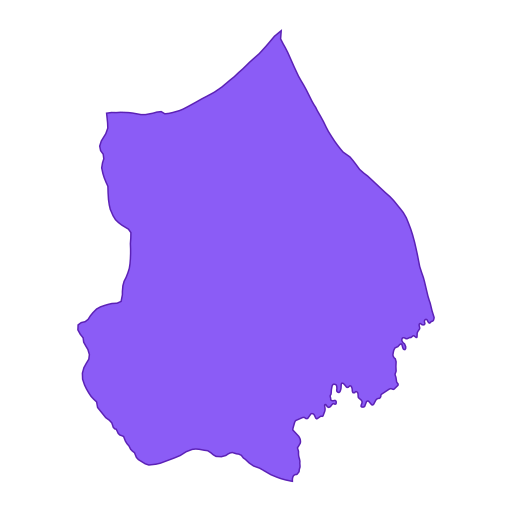 outline of Yi-Ngo, Narathiwat, Thailand
{"feature_id": "78962969B66673313723424", "entity_name": "Yi-Ngo", "entity_type": "district", "adm_level": 2, "iso_a3": "THA", "parent_name": "Thailand", "parent_adm1": "Narathiwat", "projection": "equal_earth", "projection_center": [101.729, 6.424], "detail": "fine", "context": "isolated", "style": "filled", "palette": "violet", "viewbox_px": 512, "rotation_deg": 0, "n_neighbors": 0, "source": "geoboundaries", "source_scale": "gbopen_adm2", "svg_char_len": 6068}
<svg xmlns="http://www.w3.org/2000/svg" viewBox="0 0 512 512"><path d="M106.6,113.2L107.1,118.0L107.6,122.9L107.8,128.1L105.8,133.7L101.3,141.0L99.7,146.1L100.6,150.6L103.2,154.2L103.8,158.8L102.5,162.9L101.7,167.9L102.9,173.5L104.2,177.7L106.1,182.4L107.9,186.3L108.1,192.9L108.5,199.5L109.3,205.1L110.3,209.4L113.1,215.8L115.5,219.7L118.4,222.5L121.8,225.1L124.9,227.0L128.4,229.1L130.9,232.6L130.8,238.1L130.4,243.6L130.6,249.0L130.6,253.6L130.4,258.9L130.0,263.9L129.3,268.4L127.8,273.1L126.1,277.4L124.1,281.3L122.9,285.7L122.4,291.5L122.4,294.8L121.1,301.4L117.1,303.2L111.9,303.5L108.1,304.4L104.7,305.4L100.4,306.9L96.6,309.0L93.0,312.6L90.4,315.8L88.1,319.4L85.1,321.7L81.2,322.6L78.1,324.9L77.9,329.9L80.3,334.3L83.1,337.8L83.7,342.2L85.8,346.0L87.9,349.5L89.4,354.6L88.8,359.2L86.2,363.5L83.9,367.7L82.4,373.2L82.6,379.2L84.6,385.1L86.4,388.8L88.7,392.8L91.1,396.4L93.7,399.2L96.6,401.9L97.6,407.5L105.7,417.6L109.3,420.2L111.8,422.9L113.3,427.4L114.8,428.9L116.2,429.2L117.3,431.4L118.2,433.4L119.8,435.0L122.1,435.8L123.6,436.5L125.4,441.1L127.0,443.7L129.0,446.0L130.6,449.2L132.3,451.0L134.5,452.7L136.4,457.4L138.4,459.6L145.2,463.8L148.8,465.0L155.9,464.2L160.3,463.2L174.2,458.0L180.2,455.5L186.2,451.7L192.2,449.4L195.7,449.0L199.3,449.3L204.6,450.3L207.7,450.7L210.8,452.7L213.3,454.8L216.0,456.4L221.4,456.7L225.8,455.5L228.0,454.0L230.0,453.0L232.3,452.5L236.4,453.8L238.8,454.1L241.3,455.3L243.4,458.0L245.4,459.4L249.2,463.0L253.6,466.0L259.7,468.2L270.9,474.7L276.7,477.1L281.1,478.7L285.9,480.0L290.6,481.0L292.4,481.3L292.4,479.0L292.7,477.5L293.1,476.4L293.6,475.6L294.4,475.0L295.0,474.7L295.7,474.5L296.5,474.5L297.0,474.3L298.7,472.2L299.0,471.7L299.1,471.2L299.3,469.5L300.0,467.0L300.0,465.9L299.8,463.2L299.9,461.4L299.7,460.1L299.4,458.7L298.9,457.1L298.6,455.4L298.5,454.0L298.5,451.5L298.3,450.6L297.7,448.8L297.5,447.8L297.6,447.5L298.3,446.6L300.2,443.3L300.4,442.5L300.5,441.7L300.4,440.5L300.2,439.3L299.8,438.3L299.3,437.3L298.7,436.3L293.1,430.3L292.8,429.9L292.8,429.4L293.0,428.1L294.6,422.5L294.9,421.8L295.3,421.0L295.8,420.5L302.4,417.6L303.2,417.4L304.0,417.4L304.5,417.5L305.5,418.3L306.1,418.6L306.7,418.6L307.2,418.6L307.8,418.3L310.9,413.9L311.5,413.6L312.1,413.6L313.0,413.8L313.8,414.3L314.4,415.2L315.8,418.2L316.4,418.6L316.7,418.8L317.3,418.6L320.6,416.3L321.1,416.2L321.8,416.3L322.4,416.3L323.0,415.9L324.7,411.4L325.0,410.1L325.1,408.9L324.6,405.6L324.7,405.0L325.0,404.6L325.3,404.5L325.8,404.6L326.3,405.3L327.4,406.8L328.1,407.2L328.7,407.4L329.8,407.0L330.5,406.5L331.1,405.7L331.5,405.1L332.8,403.8L333.4,403.7L334.0,403.7L334.6,404.1L335.2,404.2L335.8,404.0L336.1,403.5L336.2,402.8L336.2,401.8L336.0,401.2L335.7,400.8L335.1,400.4L334.6,400.4L333.1,400.8L332.6,400.8L331.6,400.5L330.8,399.9L330.7,399.5L330.7,398.8L330.6,397.8L330.3,397.1L330.2,396.4L330.2,395.6L330.5,395.0L330.9,394.5L331.1,393.6L331.2,392.5L331.4,389.7L331.7,388.0L332.0,386.4L332.3,385.5L333.0,384.5L333.5,384.2L334.3,384.2L335.2,384.4L335.9,384.7L336.4,385.3L336.7,386.2L336.8,387.0L336.9,388.5L336.7,390.0L336.8,391.1L337.2,391.7L337.8,392.2L338.4,392.4L338.9,392.5L339.5,392.1L340.0,391.6L340.7,389.7L341.0,388.3L341.1,386.7L341.2,384.7L341.3,383.9L341.8,383.2L342.3,383.2L342.9,383.3L343.6,383.7L344.9,385.1L346.4,387.0L347.0,387.4L347.6,387.4L348.3,387.2L349.7,385.9L350.3,385.8L350.8,386.0L351.4,386.7L351.9,387.9L352.2,389.0L352.3,391.0L352.6,391.9L352.9,392.6L353.5,392.8L354.7,392.7L355.3,391.9L355.7,391.6L356.3,391.6L357.0,392.0L357.7,392.8L358.0,393.7L358.2,396.9L358.4,397.6L358.9,398.1L361.3,400.2L361.9,401.2L362.1,402.0L361.9,403.3L361.1,405.3L361.1,406.5L362.0,407.1L363.8,407.0L364.7,406.3L366.5,401.6L367.1,401.2L367.8,401.0L368.6,401.2L371.5,404.6L372.2,405.0L373.0,404.8L373.6,404.3L375.8,400.2L376.6,399.2L378.2,398.4L379.3,398.4L380.3,397.6L380.8,396.4L380.9,395.2L381.1,394.7L381.4,394.3L389.1,389.2L390.3,388.7L391.2,388.7L393.3,389.4L394.1,389.1L397.9,385.4L398.1,384.9L398.1,384.0L396.8,382.3L396.6,381.7L395.9,377.2L395.4,375.8L395.1,374.6L395.1,374.0L396.0,371.5L396.1,370.9L395.9,366.6L396.1,361.8L395.3,358.8L394.2,357.9L393.5,356.8L393.1,355.9L392.9,354.9L393.3,352.3L393.8,350.2L394.9,348.0L396.7,347.1L397.8,346.7L399.9,344.4L401.0,343.9L401.6,344.1L402.0,344.9L402.8,347.9L403.5,349.2L404.3,349.6L404.9,349.6L405.5,348.8L405.7,348.3L405.7,346.7L404.6,344.0L403.1,342.7L402.4,341.7L401.8,340.4L401.9,339.3L402.3,338.2L402.9,337.8L403.9,337.7L404.8,338.0L405.9,338.7L407.2,338.7L410.0,337.4L410.4,337.6L410.8,337.6L412.9,336.0L413.2,335.8L413.6,335.7L414.0,335.8L416.2,337.5L416.8,337.4L417.0,336.8L417.2,333.1L417.5,332.2L417.7,331.7L419.5,329.0L419.7,328.5L419.7,327.8L419.1,325.1L419.2,324.3L419.5,323.8L420.0,323.5L420.5,323.6L422.0,324.7L422.4,324.8L423.2,324.9L423.9,324.8L424.4,324.6L424.7,324.1L424.9,323.5L424.8,323.0L424.4,321.9L424.5,320.9L424.6,320.5L424.9,320.0L425.2,319.6L425.7,319.4L426.4,319.4L427.0,319.8L427.1,320.0L427.9,321.5L428.4,322.3L429.0,322.9L429.5,323.1L430.0,322.9L431.2,321.6L432.6,321.1L433.0,320.8L433.3,320.5L433.6,319.9L434.0,318.4L434.1,317.5L432.0,310.7L430.2,303.2L429.3,300.6L427.9,296.0L424.5,281.7L423.4,277.6L421.4,271.9L419.7,266.6L417.4,254.8L416.0,248.4L414.6,242.3L412.6,234.9L410.8,229.3L408.5,223.2L406.3,217.8L403.3,212.6L400.9,209.5L393.6,200.5L390.0,196.7L385.2,192.5L367.7,176.1L363.6,173.0L359.6,169.4L356.0,164.5L353.1,160.7L350.0,157.0L343.1,152.1L340.3,148.8L337.2,144.8L334.6,141.2L331.6,136.6L328.4,131.5L326.1,127.1L323.5,121.7L320.6,116.4L317.2,110.5L315.7,107.4L314.0,104.8L312.0,101.3L306.3,89.9L303.5,84.8L301.1,80.8L298.4,76.0L294.1,66.8L289.8,57.1L287.7,52.4L285.3,47.7L283.1,43.8L280.6,38.9L281.2,30.7L274.5,36.2L269.2,42.5L265.6,46.7L259.2,53.7L253.3,58.9L249.7,62.1L242.9,68.8L238.7,72.5L234.2,76.8L229.7,80.4L221.9,87.0L214.5,92.1L210.5,94.3L202.1,98.7L195.2,102.6L187.7,106.7L183.1,109.1L179.5,110.6L172.8,112.5L168.9,113.4L164.8,113.8L161.2,111.6L156.8,112.1L153.0,113.2L145.5,114.6L141.0,114.6L132.8,113.1L128.7,112.6L120.8,112.3L116.2,112.6L111.5,112.5L106.6,113.2Z" fill="#8b5cf6" stroke="#5b21b6" stroke-width="1.5"/></svg>